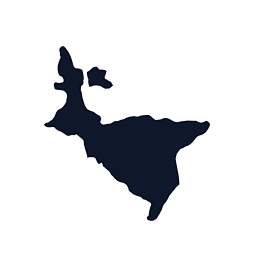 Absheron District, Abşeron, Azerbaijan, rotated 255°
{"feature_id": "54616110B88432173472444", "entity_name": "Absheron District", "entity_type": "district", "adm_level": 2, "iso_a3": "AZE", "parent_name": "Azerbaijan", "parent_adm1": "Abşeron", "projection": "mercator", "projection_center": [49.449, 40.323], "detail": "fine", "context": "isolated", "style": "filled", "palette": "ink", "viewbox_px": 256, "rotation_deg": 255, "n_neighbors": 0, "source": "geoboundaries", "source_scale": "gbopen_adm2", "svg_char_len": 3436}
<svg xmlns="http://www.w3.org/2000/svg" viewBox="0 0 256 256"><g transform="rotate(255 128 128)"><path d="M110.5,81.9L110.6,83.4L110.0,85.2L109.3,87.8L107.5,89.4L105.5,89.8L103.3,90.0L101.4,90.9L102.2,92.6L102.2,94.1L100.0,94.8L97.7,94.7L97.2,95.3L95.6,96.3L94.2,97.2L92.3,98.6L90.5,99.6L89.4,100.1L88.4,100.1L87.1,100.6L85.6,101.6L84.3,102.2L82.6,103.1L80.9,104.2L79.9,105.0L78.6,106.6L77.8,108.0L77.2,109.1L76.7,110.2L73.6,112.7L70.3,113.4L67.5,113.4L65.2,115.0L63.0,116.6L61.0,119.2L59.4,121.8L58.0,123.5L55.8,124.7L54.6,127.0L52.3,129.0L50.8,130.8L49.5,131.4L47.5,131.3L45.8,129.9L43.7,128.7L42.2,127.8L39.4,126.6L37.5,125.9L36.5,123.8L34.8,123.7L33.9,125.0L33.2,126.0L32.7,128.8L33.8,132.0L35.8,133.9L37.4,135.7L40.9,139.0L42.6,140.1L44.0,140.9L45.8,142.8L47.7,145.4L49.7,147.5L52.5,150.0L54.0,152.0L55.6,154.3L57.3,156.5L59.0,158.9L60.8,162.4L63.2,162.9L68.5,163.8L83.8,165.0L86.6,165.4L91.0,167.9L93.7,171.3L94.8,172.7L95.3,176.5L96.1,179.0L96.2,181.0L96.8,183.6L98.2,186.2L99.8,188.5L102.3,191.9L103.0,194.7L103.1,198.0L104.2,201.2L105.7,203.2L107.0,204.8L109.7,207.1L111.2,207.4L111.3,207.4L113.0,206.3L113.9,205.4L113.3,202.3L113.5,199.6L114.6,197.5L116.6,195.4L117.5,192.2L118.2,189.8L119.0,187.4L119.4,184.3L119.8,181.8L120.0,179.0L120.1,177.7L120.4,175.7L122.3,173.0L124.2,171.1L126.3,168.8L127.5,165.8L127.1,161.6L127.4,158.8L127.7,156.1L128.7,155.5L131.1,153.7L132.5,152.8L134.5,151.2L135.0,149.2L135.9,143.9L135.6,140.3L137.2,136.5L137.7,132.4L137.6,129.5L136.9,126.8L136.9,122.9L136.5,119.8L137.3,116.9L136.0,112.5L136.5,109.5L136.7,106.7L137.0,104.4L138.2,103.1L139.7,102.0L141.6,102.1L142.6,103.0L143.8,103.7L146.2,103.5L147.7,102.2L148.4,101.2L151.6,98.7L152.9,97.1L153.6,95.8L156.3,92.9L158.8,91.9L161.5,91.4L163.2,91.3L165.5,91.2L167.5,91.2L168.8,91.1L174.5,91.7L177.2,91.4L179.5,92.5L180.8,92.5L182.1,95.0L183.3,96.0L186.0,96.4L187.4,97.4L189.2,97.7L191.1,97.9L193.5,98.1L195.8,98.1L198.1,94.5L198.1,93.0L200.0,91.3L201.8,90.7L205.2,90.7L207.8,90.7L211.3,90.4L214.2,90.0L217.1,89.3L219.0,88.4L221.2,87.8L223.0,86.5L223.3,85.7L223.0,84.5L221.9,83.1L221.0,82.5L218.9,82.5L215.8,81.9L213.2,82.1L212.1,80.9L209.9,79.3L208.2,78.2L206.3,77.1L204.1,76.3L202.1,75.8L199.3,75.6L197.1,75.9L195.5,77.7L193.7,78.8L192.6,79.0L191.7,79.0L190.5,78.9L189.1,78.4L188.1,76.8L188.5,74.5L188.5,72.8L189.4,71.1L190.2,69.7L189.6,68.7L189.4,68.6L187.9,68.0L186.1,68.1L185.1,68.1L184.9,68.1L183.9,69.8L183.3,71.6L183.0,72.5L182.4,73.8L181.4,75.9L180.1,76.9L178.2,78.0L175.6,78.5L173.3,77.9L171.0,76.4L169.4,76.1L167.9,74.8L166.3,73.2L165.0,71.5L163.7,69.2L163.2,67.0L162.8,65.2L161.0,63.1L159.0,61.6L157.3,60.3L156.3,59.1L154.9,57.2L153.9,54.1L153.1,52.3L153.3,50.3L153.4,50.2L152.7,48.6L151.5,49.2L150.4,50.6L149.7,52.5L149.5,54.3L148.9,56.9L147.8,57.9L146.1,58.7L144.1,60.4L142.6,62.6L140.4,64.7L138.1,66.7L137.1,67.6L136.5,68.8L136.5,70.5L136.7,72.1L135.7,74.3L136.3,76.8L128.7,82.2L126.8,82.6L123.2,81.9L119.1,81.9L115.7,82.0L111.9,82.1L110.5,81.9ZM183.6,102.5L181.9,102.1L179.6,102.0L178.5,101.9L178.4,104.2L178.6,105.8L178.1,108.8L177.1,111.0L175.9,113.1L173.9,114.9L172.4,116.8L171.8,120.5L173.4,123.7L176.5,122.8L178.0,121.0L180.0,119.2L181.2,117.7L182.9,117.7L184.5,118.5L186.7,120.1L188.4,121.1L189.1,120.6L190.2,118.2L191.1,115.4L191.6,114.3L193.1,114.2L194.8,112.9L194.9,110.1L193.5,107.4L192.9,106.4L192.0,103.4L190.4,103.0L187.2,102.8L185.2,103.2L183.6,102.5Z" fill="#0f172a" stroke="#020617" stroke-width="1.5"/></g></svg>